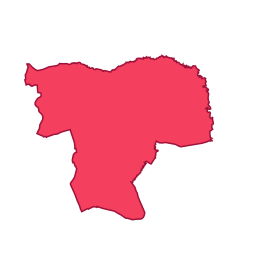 the district of Phlapphla Chai, Buri Ram, Thailand, rotated 343°
{"feature_id": "78962969B51110363980363", "entity_name": "Phlapphla Chai", "entity_type": "district", "adm_level": 2, "iso_a3": "THA", "parent_name": "Thailand", "parent_adm1": "Buri Ram", "projection": "mercator", "projection_center": [103.201, 14.722], "detail": "fine", "context": "isolated", "style": "filled", "palette": "rose", "viewbox_px": 256, "rotation_deg": 343, "n_neighbors": 0, "source": "geoboundaries", "source_scale": "gbopen_adm2", "svg_char_len": 5777}
<svg xmlns="http://www.w3.org/2000/svg" viewBox="0 0 256 256"><g transform="rotate(343 128 128)"><path d="M160.0,64.8L157.2,64.2L157.0,64.6L156.4,64.5L156.2,65.4L155.3,65.4L154.8,66.0L153.9,65.9L153.9,66.2L153.5,66.6L152.6,66.4L152.2,65.9L150.2,65.6L149.8,65.4L149.6,65.0L149.0,65.3L148.7,65.1L148.1,65.6L148.0,65.3L147.2,65.4L146.5,64.9L146.0,65.1L145.5,64.8L145.5,65.1L144.8,65.2L144.5,65.6L143.4,65.6L142.6,66.2L141.8,66.1L140.9,66.4L140.1,66.2L139.6,66.6L139.3,66.5L138.9,66.7L137.6,66.5L137.5,66.2L137.2,66.1L135.7,66.7L134.8,67.4L133.9,67.7L132.4,68.6L132.0,68.1L131.2,68.4L130.5,67.9L130.1,67.9L129.5,68.1L129.5,68.4L127.9,69.0L127.8,69.3L127.2,68.9L126.0,68.7L125.8,68.3L123.2,66.6L121.6,66.1L121.1,66.7L120.4,66.2L120.0,65.1L119.5,64.6L115.2,62.2L114.5,62.1L114.4,62.4L113.8,62.5L112.4,61.9L112.3,61.0L111.7,60.1L110.8,60.0L110.1,60.1L108.6,59.5L108.8,58.7L106.8,58.0L107.1,57.2L106.9,57.1L107.1,56.6L107.0,56.3L106.2,56.3L105.1,55.2L105.0,54.7L103.1,53.8L101.7,52.6L101.4,51.5L101.0,51.2L99.4,50.9L98.4,51.0L98.3,51.3L97.9,50.9L96.7,50.9L96.5,50.2L95.5,50.3L95.4,49.9L94.3,50.0L94.0,49.7L93.6,49.9L92.7,49.6L92.5,50.0L90.5,50.2L88.4,48.6L84.1,47.4L81.3,46.3L80.3,47.3L77.7,47.5L70.3,46.4L64.3,47.1L58.2,46.7L56.2,44.7L54.2,41.8L52.4,38.2L51.8,37.6L50.0,37.3L50.4,40.6L49.2,42.1L46.9,45.7L45.3,47.2L44.5,51.2L43.4,51.8L43.2,57.0L46.3,57.0L46.4,58.0L47.3,58.4L47.6,59.5L48.3,59.5L48.5,60.0L51.2,59.6L53.7,60.4L52.2,67.4L52.4,67.9L54.7,69.0L54.9,69.8L54.7,70.7L53.9,72.4L50.4,73.2L48.4,74.7L46.5,76.7L46.1,78.3L46.3,79.7L48.0,82.2L48.1,83.3L47.7,85.7L47.8,86.5L49.6,89.7L49.8,90.8L49.8,92.9L48.7,95.1L44.8,99.0L43.1,102.6L39.3,106.7L44.6,111.2L44.7,111.8L46.8,112.0L47.1,113.0L48.7,112.7L55.7,112.5L58.9,113.1L62.6,112.4L66.5,112.4L72.2,112.6L72.2,113.4L72.5,126.1L71.6,131.4L71.2,131.6L71.1,132.1L72.2,132.4L71.7,136.2L69.4,136.4L67.8,137.8L65.5,142.1L65.2,143.1L65.1,145.0L66.1,145.0L66.3,148.9L66.6,148.9L67.0,152.1L62.7,159.1L60.9,160.9L57.1,163.8L56.8,164.2L56.5,165.5L57.9,176.2L58.2,182.3L58.9,188.1L58.9,191.8L59.3,194.5L65.7,193.3L66.7,194.1L67.1,193.7L69.7,193.5L71.7,193.0L72.0,193.3L74.3,194.1L74.5,194.4L75.5,194.0L75.8,194.2L75.7,194.7L76.4,194.5L76.7,194.9L80.5,197.6L90.8,203.6L93.2,206.4L96.0,209.2L99.0,213.1L99.8,213.7L100.8,214.0L105.7,217.1L109.4,217.6L113.1,218.7L114.7,218.7L116.4,218.0L117.6,216.8L118.7,215.1L119.3,213.6L117.8,200.4L117.5,196.8L117.8,192.9L117.3,190.8L117.3,186.8L115.3,180.8L116.2,181.3L116.8,181.2L116.9,180.4L117.5,179.8L119.5,179.4L119.5,179.1L119.0,178.8L119.1,178.5L120.2,178.4L121.0,177.5L122.3,177.1L122.6,175.9L123.9,176.0L124.4,175.4L125.6,175.1L127.3,173.9L128.3,171.9L129.1,172.2L129.4,170.7L130.3,170.7L130.6,169.9L130.9,170.4L131.2,170.4L131.2,169.8L131.5,169.4L131.3,169.0L131.4,168.6L131.7,168.5L132.6,169.0L133.4,168.1L133.9,168.0L133.6,167.4L133.8,167.0L134.3,166.7L135.0,166.9L134.8,166.2L133.6,166.2L133.6,165.7L134.7,165.7L135.8,165.1L139.1,168.8L139.7,169.1L144.8,164.7L145.5,164.7L145.6,164.4L145.4,164.1L146.8,161.5L147.0,160.4L148.4,158.7L149.5,159.0L150.1,158.4L150.1,158.0L148.4,157.4L147.7,156.6L147.9,156.0L147.4,156.2L147.2,155.7L148.2,154.5L148.0,153.8L148.6,153.9L148.2,152.8L149.2,151.9L149.6,151.8L149.8,150.4L151.5,148.9L152.4,150.2L153.7,151.3L156.6,152.4L158.7,152.6L160.4,153.2L168.2,157.3L169.4,158.2L171.3,160.2L173.1,161.4L194.3,164.2L198.4,164.3L200.4,164.2L200.8,163.9L204.7,164.8L204.8,164.4L204.5,164.0L203.8,163.6L203.4,164.0L203.3,163.1L203.8,163.0L204.1,162.0L204.9,162.1L204.0,161.2L204.6,157.2L205.1,156.2L205.1,155.5L205.5,154.8L206.8,154.7L207.3,154.5L207.9,154.0L208.4,154.0L208.3,153.5L208.6,153.2L208.3,152.3L209.0,149.6L210.8,149.0L211.2,147.3L211.1,145.8L211.4,145.3L211.2,144.1L212.0,143.2L211.7,142.5L211.1,142.9L210.1,143.1L209.2,141.4L209.3,141.1L209.9,140.7L210.4,139.0L211.2,137.8L210.8,136.6L209.4,136.6L208.5,135.3L209.4,133.7L208.1,132.1L209.9,131.6L210.3,131.9L210.2,132.8L210.4,133.3L211.5,134.0L212.7,133.9L212.8,132.3L211.5,129.1L211.8,128.5L213.1,127.4L212.9,125.3L213.1,123.8L213.6,122.0L214.8,119.6L215.2,118.1L214.4,117.2L214.4,116.2L213.8,115.4L214.4,114.9L214.7,115.7L215.2,115.8L215.5,115.8L216.1,114.9L215.8,113.8L214.8,112.6L213.2,111.3L212.0,110.8L211.7,110.4L211.9,110.0L214.4,110.0L214.7,110.2L215.0,111.1L215.2,107.2L216.0,106.9L216.3,106.5L215.9,104.4L216.7,103.6L216.5,103.0L215.8,102.4L213.2,102.5L213.0,102.2L213.7,100.8L213.0,99.8L212.0,98.7L211.8,98.7L212.2,100.2L212.0,100.5L211.4,100.5L210.1,98.5L210.0,97.2L211.7,95.8L211.1,95.1L212.0,93.8L212.7,94.0L212.9,93.8L212.7,93.1L210.8,90.8L210.7,88.5L208.9,87.7L208.1,87.7L207.6,88.3L206.9,88.4L206.5,89.1L205.2,89.0L204.6,88.4L205.2,88.0L204.5,87.7L204.1,87.0L203.8,87.5L202.9,87.9L202.6,87.7L202.7,87.0L201.7,86.9L202.0,86.3L202.5,85.7L202.2,85.2L200.9,85.4L201.1,87.0L200.5,87.2L200.4,86.6L199.9,86.4L199.7,85.9L200.1,85.0L200.1,84.6L199.7,84.5L199.7,85.0L199.2,84.8L199.3,84.5L199.0,83.8L198.7,83.8L199.1,83.3L199.2,82.9L198.4,83.4L197.0,82.8L196.8,82.3L196.3,82.1L196.2,81.0L195.6,80.2L194.3,79.3L193.8,79.5L193.9,79.1L193.5,78.3L193.6,78.0L193.0,78.0L192.8,77.6L192.3,77.8L191.6,77.0L192.4,75.1L192.3,74.8L190.8,75.0L190.9,74.4L190.3,73.7L189.4,73.8L188.3,72.9L187.6,72.8L187.3,72.3L186.0,71.7L186.1,71.0L185.7,70.4L185.3,70.6L184.4,70.5L184.2,70.9L183.8,70.9L183.6,71.3L183.4,71.3L182.8,70.8L182.6,69.6L181.7,68.6L181.4,69.3L179.7,69.0L179.2,69.1L179.0,69.7L178.0,69.5L177.0,70.0L176.0,69.6L175.8,70.0L175.1,70.4L174.4,70.2L173.2,70.4L172.7,69.2L172.3,68.9L171.6,69.1L170.6,68.4L169.8,68.4L169.5,67.4L169.7,66.8L169.0,66.8L168.0,66.3L167.5,66.5L167.3,66.1L166.5,66.3L166.3,65.5L165.7,66.1L165.2,65.8L164.9,66.1L164.3,65.8L164.0,65.9L163.6,65.4L163.5,65.8L163.0,66.3L162.8,65.5L162.4,65.9L161.5,65.5L160.3,65.6L160.0,64.8Z" fill="#f43f5e" stroke="#9f1239" stroke-width="1.5"/></g></svg>